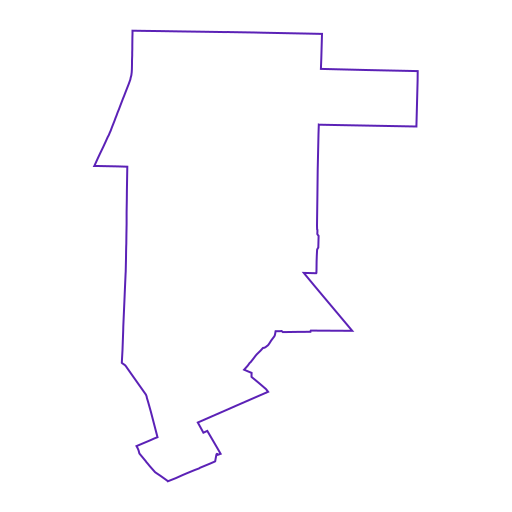 the district of Gheorghe Lazar, Ialomita, Romania
{"feature_id": "2599482B83475283198024", "entity_name": "Gheorghe Lazar", "entity_type": "district", "adm_level": 2, "iso_a3": "ROU", "parent_name": "Romania", "parent_adm1": "Ialomita", "projection": "robinson", "projection_center": [27.442, 44.628], "detail": "fine", "context": "isolated", "style": "outline", "palette": "violet", "viewbox_px": 512, "rotation_deg": 0, "n_neighbors": 0, "source": "geoboundaries", "source_scale": "gbopen_adm2", "svg_char_len": 2912}
<svg xmlns="http://www.w3.org/2000/svg" viewBox="0 0 512 512"><path d="M322.0,33.9L321.8,33.9L307.9,33.6L262.4,32.7L254.6,32.5L230.1,32.1L227.6,32.0L226.7,32.1L200.4,31.7L179.2,31.4L161.1,31.1L145.6,30.9L138.9,30.8L132.5,30.7L132.5,34.1L132.4,37.1L132.3,46.0L132.3,49.0L132.2,52.4L132.2,55.5L132.1,58.0L132.0,60.7L132.0,63.9L131.9,69.1L131.7,72.4L131.5,73.9L131.4,74.9L131.2,75.8L130.7,77.6L130.3,79.6L128.8,83.8L127.9,86.1L125.9,91.2L123.9,96.4L123.1,98.3L121.0,103.8L120.7,104.6L119.6,107.5L118.9,109.4L117.8,112.0L117.2,113.6L116.6,115.3L115.4,118.3L114.7,120.3L113.2,124.1L112.2,126.6L110.6,130.9L109.9,132.4L108.8,135.1L107.7,137.1L105.5,142.0L103.2,147.0L100.2,153.2L97.9,158.1L94.5,165.6L94.3,166.0L97.6,166.0L117.7,166.4L127.3,166.7L126.9,190.6L126.8,200.5L126.6,212.3L126.6,216.3L126.6,223.3L126.6,223.8L126.4,235.2L126.3,243.9L126.2,246.4L126.1,250.5L126.0,258.4L125.7,271.9L125.6,273.3L125.3,280.2L125.0,286.9L124.4,301.2L123.3,326.3L123.2,330.6L122.5,350.0L121.8,362.8L122.3,363.3L123.2,363.9L124.9,365.1L125.5,365.7L126.6,367.2L127.4,368.4L128.4,369.8L130.7,373.1L145.9,394.6L146.6,396.4L146.9,398.0L147.5,399.9L148.3,402.6L150.8,411.5L157.5,437.2L154.2,438.5L150.9,440.0L148.1,441.2L143.1,443.3L136.5,446.1L137.8,448.5L138.5,450.2L138.6,450.5L139.4,453.5L146.1,461.6L146.2,461.9L147.7,463.6L149.8,466.2L152.8,469.6L155.1,472.2L157.0,473.5L160.3,475.7L164.1,478.4L167.3,480.7L167.8,481.3L175.9,478.1L182.1,475.3L182.5,475.1L183.7,474.6L187.0,473.2L192.8,470.8L195.3,469.8L198.3,468.7L199.1,468.4L199.5,468.1L199.9,467.8L210.3,463.5L214.9,461.5L215.2,461.2L215.7,458.3L216.2,455.7L216.5,454.3L216.9,453.9L217.4,454.0L217.9,454.8L220.3,453.9L220.6,453.8L218.2,449.6L214.6,443.4L207.3,430.9L203.4,432.7L197.8,422.5L212.7,416.0L221.4,412.2L236.2,405.7L251.1,399.2L268.1,391.8L266.1,389.2L261.7,385.4L258.3,382.5L251.6,377.0L251.5,376.6L251.5,376.4L251.6,372.9L244.5,369.9L244.1,369.7L245.1,368.6L247.7,365.7L248.5,364.6L249.7,362.9L250.6,362.2L253.8,358.1L255.6,355.7L256.8,354.3L260.5,350.7L262.4,348.6L262.7,348.2L262.9,348.0L263.1,347.9L263.5,347.9L263.9,347.9L264.4,347.7L265.1,347.4L265.6,347.1L267.0,346.0L267.6,345.6L268.3,344.9L269.5,343.2L271.2,340.5L272.4,338.9L273.6,337.3L274.3,336.4L274.8,335.3L275.3,333.1L275.5,331.6L275.6,331.2L280.0,331.2L281.6,331.0L282.5,331.8L282.9,332.1L296.6,331.9L310.4,331.8L310.5,331.1L310.8,330.6L350.1,330.8L352.2,330.8L323.4,296.5L313.6,284.8L306.4,276.1L303.8,272.9L315.1,273.2L316.2,273.2L316.4,272.9L316.4,272.7L316.5,269.6L316.6,261.4L316.8,255.5L317.1,249.8L317.3,249.2L318.3,247.5L318.3,247.3L318.6,235.9L317.7,234.7L317.3,234.0L317.4,231.9L317.4,230.2L317.4,229.8L317.1,229.4L317.1,229.2L317.0,225.4L317.4,195.6L317.7,169.8L318.5,133.7L318.8,124.6L319.1,124.7L334.8,125.0L405.0,126.3L416.4,126.5L417.0,103.8L417.6,80.8L417.7,71.1L408.3,70.9L384.0,70.4L365.7,70.0L320.9,68.9L321.3,58.4L322.0,33.9Z" fill="none" stroke="#5b21b6" stroke-width="2"/></svg>